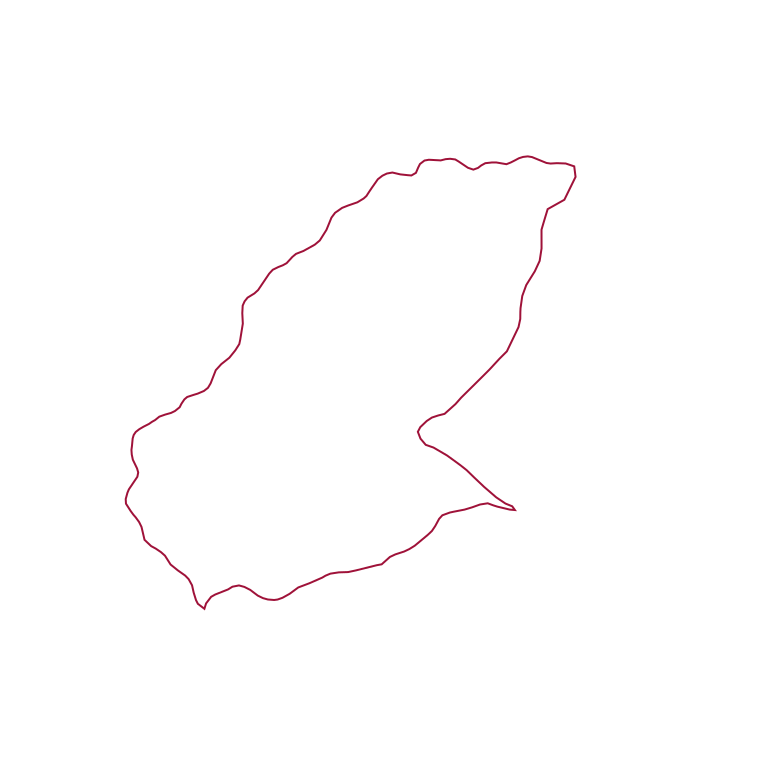 outline of Gosarling, Chirang, Bhutan, rotated 304°
{"feature_id": "84629894B38257689875150", "entity_name": "Gosarling", "entity_type": "district", "adm_level": 2, "iso_a3": "BTN", "parent_name": "Bhutan", "parent_adm1": "Chirang", "projection": "albers", "projection_center": [90.121, 27.029], "detail": "fine", "context": "isolated", "style": "outline", "palette": "rose", "viewbox_px": 768, "rotation_deg": 304, "n_neighbors": 0, "source": "geoboundaries", "source_scale": "gbopen_adm2", "svg_char_len": 2671}
<svg xmlns="http://www.w3.org/2000/svg" viewBox="0 0 768 768"><g transform="rotate(304 384 384)"><path d="M506.6,250.8L498.6,247.7L492.6,247.4L479.6,250.1L467.1,250.5L460.8,248.7L449.2,242.8L442.7,238.3L438.3,237.0L429.7,235.7L425.8,233.7L421.9,231.0L416.5,227.9L411.3,227.1L391.5,227.1L386.6,225.9L379.3,222.6L374.6,222.2L370.0,223.0L363.5,226.9L355.1,233.2L340.4,240.0L336.2,241.7L328.7,241.9L319.3,241.1L313.6,239.3L309.5,238.0L301.4,236.8L287.6,239.9L282.4,240.2L277.5,238.6L271.8,234.9L268.6,232.3L263.2,228.1L259.6,227.1L254.4,227.1L250.5,227.6L244.7,225.8L240.9,223.6L236.3,219.7L231.3,216.0L226.1,214.4L222.9,212.8L219.5,211.5L214.1,208.5L209.7,206.4L205.4,205.0L201.8,205.0L198.3,206.1L191.5,209.8L188.1,211.5L184.5,214.3L180.8,218.1L175.9,226.5L173.2,229.7L169.2,231.4L164.6,231.4L154.0,231.4L150.4,232.1L144.2,234.2L140.5,237.0L137.0,245.1L135.5,249.3L134.6,252.7L132.6,258.2L129.9,262.9L120.9,272.6L119.4,281.6L119.9,286.8L119.9,293.1L119.2,298.4L115.0,308.0L114.2,317.2L114.0,326.3L113.0,331.1L109.8,337.4L104.6,342.9L99.7,349.0L97.7,352.6L97.2,360.8L102.6,359.2L110.9,359.7L115.1,361.8L126.5,369.6L131.2,371.7L135.9,376.4L137.7,381.7L138.5,388.2L138.0,397.7L138.8,403.4L140.4,408.2L143.5,413.7L145.8,416.3L150.0,419.4L157.3,423.1L167.4,426.7L177.0,433.5L189.0,441.1L192.4,442.7L196.8,445.6L202.6,451.9L208.0,459.4L213.7,464.9L229.8,479.4L233.2,482.9L243.9,485.6L249.1,488.7L256.4,494.4L261.3,497.3L267.1,499.9L283.2,504.6L288.9,505.9L294.9,505.9L303.0,505.1L307.8,505.8L311.4,508.4L314.3,510.5L317.0,513.1L324.9,521.0L331.0,526.0L337.8,531.0L343.1,536.7L344.5,542.4L345.7,546.5L350.2,558.5L352.7,563.0L354.3,558.7L352.8,551.5L352.8,540.3L354.7,524.4L356.9,511.2L358.8,500.6L359.4,492.5L360.0,476.3L359.0,460.6L356.9,452.6L359.1,444.8L363.3,438.8L368.5,438.2L377.2,440.1L383.0,442.5L388.3,446.6L393.1,450.9L399.8,452.6L407.4,454.5L415.8,455.6L439.8,460.4L454.6,463.3L465.6,465.0L469.5,465.6L479.8,467.6L506.4,463.7L514.1,460.6L519.9,456.8L523.2,454.8L534.3,449.4L545.6,446.6L561.8,446.0L573.1,444.2L580.3,440.8L584.5,438.8L600.0,428.3L606.9,426.1L620.5,421.9L637.6,430.5L662.8,427.0L670.8,420.0L668.4,411.3L663.8,403.9L659.9,398.8L658.1,395.1L654.9,379.8L653.1,375.9L650.0,372.3L646.6,369.6L642.8,367.6L638.5,365.2L634.7,362.6L630.4,353.1L628.1,349.7L623.7,344.5L619.6,342.4L615.7,341.1L611.7,338.2L610.2,332.7L610.2,321.5L610.0,317.5L607.7,312.9L604.9,309.4L601.1,306.0L595.0,295.8L591.9,292.6L586.5,290.8L582.6,291.3L576.9,292.4L572.2,290.1L570.4,286.9L566.9,280.3L564.0,272.7L560.1,268.7L555.8,266.2L550.3,264.4L539.7,264.2L535.3,264.2L530.0,264.3L526.4,263.4L519.7,260.3L512.0,254.5L506.6,250.8Z" fill="none" stroke="#9f1239" stroke-width="2"/></g></svg>